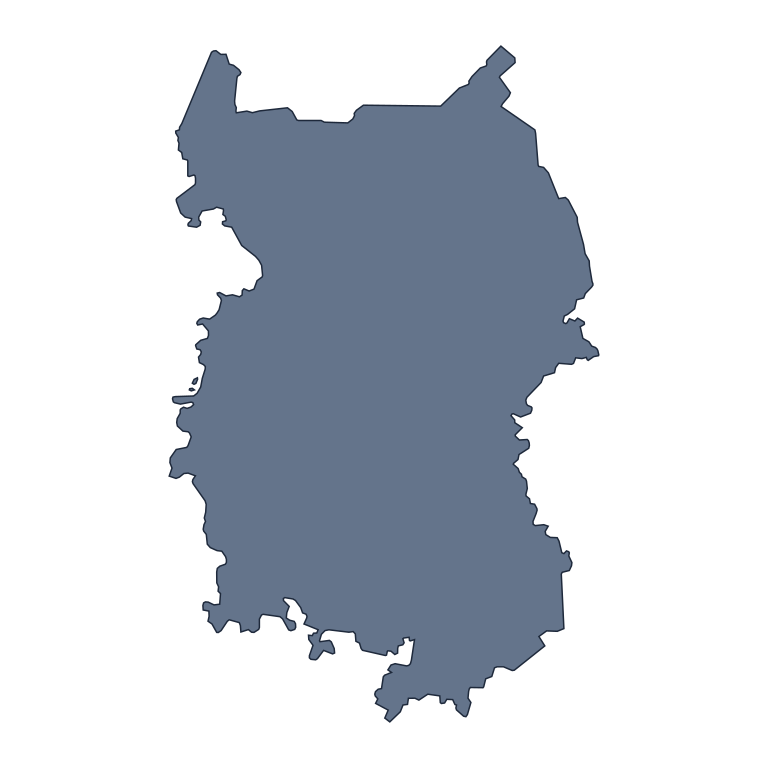 the border of Omsk
{"feature_id": "RUS-2397", "entity_name": "Omsk", "entity_type": "Region", "adm_level": 1, "iso_a3": "RUS", "parent_name": "Russia", "parent_adm1": "", "projection": "albers", "projection_center": [72.959, 56.006], "detail": "fine", "context": "isolated", "style": "filled", "palette": "slate", "viewbox_px": 768, "rotation_deg": 0, "n_neighbors": 0, "source": "natural_earth", "source_scale": "10m", "svg_char_len": 6105}
<svg xmlns="http://www.w3.org/2000/svg" viewBox="0 0 768 768"><path d="M217.0,550.6L210.3,547.6L207.3,544.2L206.3,534.4L203.7,531.1L203.2,529.2L204.0,524.6L205.5,521.5L204.3,518.0L205.7,512.2L206.2,504.4L205.1,500.8L193.1,483.7L192.4,481.7L192.9,479.5L195.4,475.8L188.1,473.1L183.9,473.5L179.4,477.1L176.0,478.4L169.2,476.1L172.0,468.1L169.9,462.6L170.3,457.9L176.2,449.5L186.7,447.4L188.0,445.7L191.2,436.9L189.5,433.0L188.2,431.8L182.9,431.1L177.4,426.0L176.7,422.5L177.2,418.6L180.2,413.3L180.2,409.9L180.8,408.9L183.5,407.2L187.1,408.4L191.0,407.0L193.6,404.6L192.8,402.6L191.2,402.1L180.4,404.1L174.5,402.7L173.3,401.8L172.5,398.8L173.0,397.1L175.3,396.6L193.6,396.0L197.1,393.3L200.7,387.0L202.3,378.3L205.2,369.1L205.3,366.5L203.5,364.6L199.4,362.6L198.5,357.1L200.7,354.4L201.3,351.9L200.1,349.7L196.8,349.0L195.6,345.6L195.8,344.7L200.7,340.3L207.4,338.4L208.5,335.4L208.4,330.9L202.6,324.0L197.7,325.0L196.8,323.3L197.3,321.7L199.6,319.2L203.2,318.0L209.6,319.1L215.4,315.1L217.2,312.8L219.1,309.7L221.4,300.5L220.6,298.1L217.5,294.8L217.2,293.1L219.6,292.5L226.0,295.9L232.5,294.8L239.5,296.8L242.1,295.0L242.3,290.6L243.9,288.8L249.1,291.0L254.0,289.1L257.1,280.6L262.2,276.9L262.6,275.5L261.6,265.3L258.9,260.3L255.5,256.4L241.7,245.5L231.7,227.2L224.7,225.9L222.4,224.0L222.6,221.7L225.8,220.8L226.2,219.7L225.3,216.3L222.9,214.5L223.5,210.6L223.3,209.0L216.6,207.2L213.5,209.0L202.1,211.0L198.7,217.1L198.9,220.0L200.7,221.9L200.1,225.3L196.6,227.2L188.4,226.0L187.9,224.9L188.3,223.3L191.2,220.6L191.6,218.6L185.1,217.1L180.7,213.0L176.5,201.6L176.2,199.6L176.9,198.3L195.0,184.6L195.5,182.9L195.5,178.2L195.0,175.7L193.9,175.0L189.1,176.5L187.8,175.9L187.8,161.0L187.3,160.0L182.8,158.8L181.7,152.5L178.4,150.0L179.0,143.3L177.9,140.4L178.4,137.5L175.8,133.1L175.7,131.1L179.4,129.8L179.6,127.2L181.8,123.6L211.5,52.3L213.4,51.0L216.0,50.7L220.8,54.4L226.0,54.3L229.2,64.1L233.5,65.3L239.0,69.7L240.9,72.6L240.0,74.6L237.4,76.3L236.9,78.3L234.6,101.1L234.9,104.5L236.3,107.6L235.9,111.1L236.3,112.8L246.9,111.1L252.4,112.7L259.6,110.9L287.5,107.8L292.2,111.5L296.8,119.9L298.4,120.5L321.1,120.5L324.4,122.2L347.8,122.9L352.8,119.0L354.5,115.7L354.2,113.4L356.4,110.3L363.4,105.2L440.7,106.1L459.4,88.0L468.3,84.5L469.1,83.2L468.9,81.1L472.0,76.5L480.3,68.0L486.1,66.0L486.8,64.7L486.5,61.9L487.0,60.3L500.9,46.1L514.8,57.9L515.1,62.6L500.1,75.9L499.4,77.3L510.4,92.7L509.0,96.1L502.5,103.8L501.1,106.5L534.9,129.9L535.6,133.3L538.1,165.0L538.7,166.4L543.6,167.4L548.4,172.9L558.7,198.6L565.4,197.5L568.3,200.1L577.2,217.3L577.5,222.2L583.5,244.3L585.1,253.7L589.2,260.9L589.5,266.2L592.0,281.3L592.9,283.8L592.9,285.2L591.5,287.2L585.3,293.6L583.7,298.0L576.6,299.8L574.6,308.8L567.6,314.4L564.3,316.0L563.0,321.1L563.6,322.7L565.8,323.6L567.0,322.9L569.4,318.7L574.9,321.0L577.6,318.1L584.2,322.1L584.4,324.1L584.0,324.6L580.2,326.7L582.9,338.4L588.9,341.8L591.7,346.1L595.5,347.5L597.1,349.1L597.9,350.8L598.8,354.9L598.5,355.7L593.7,356.6L588.2,360.4L587.2,359.7L586.3,357.4L581.9,358.6L575.7,357.8L573.5,363.4L571.6,364.3L558.7,363.3L555.6,367.6L554.5,372.7L543.6,376.0L541.1,382.5L526.9,397.3L525.8,400.1L526.4,403.7L527.6,405.4L531.3,406.9L532.0,407.9L531.8,410.2L530.5,413.2L520.6,417.0L513.3,413.7L512.0,414.0L511.0,415.7L514.7,419.9L514.8,422.7L522.3,427.7L515.2,434.8L515.3,436.1L519.4,440.0L527.2,439.5L528.4,440.6L529.2,443.0L529.4,445.5L528.7,448.3L519.0,454.5L518.0,459.5L513.6,463.3L513.3,464.3L518.1,468.5L519.4,472.3L521.4,474.2L522.0,476.8L525.7,479.1L526.5,481.2L527.3,488.5L525.9,494.3L526.1,496.0L529.5,498.8L530.4,503.5L534.6,504.2L536.9,508.6L537.1,510.2L536.1,513.6L533.0,521.4L533.2,524.3L535.2,525.6L543.8,524.7L548.2,526.2L545.2,531.4L545.8,534.6L550.3,537.4L557.2,537.7L559.0,541.1L561.8,552.7L563.9,553.6L566.5,550.9L568.7,551.7L569.3,552.8L568.8,556.0L571.9,562.6L571.5,565.8L569.3,570.5L562.2,572.3L561.3,574.1L563.9,628.6L557.3,631.3L546.6,630.9L538.9,636.5L544.8,645.9L514.3,670.2L512.2,670.5L503.5,666.8L497.1,666.8L494.5,667.8L491.8,676.5L485.7,678.8L483.7,686.8L483.0,687.7L470.3,687.5L469.2,689.0L468.6,691.6L468.0,698.2L470.9,702.5L467.4,714.6L465.9,716.7L463.6,716.2L456.5,709.9L455.9,708.0L456.5,705.0L454.9,704.5L452.7,699.6L446.8,699.3L444.6,703.0L441.4,703.5L440.3,702.6L439.8,695.9L427.8,694.2L418.9,700.1L414.9,698.2L408.4,698.3L407.5,704.4L403.0,705.0L400.3,711.8L389.8,721.9L384.8,718.1L388.2,710.1L375.6,703.4L377.8,698.9L375.2,695.9L374.8,694.1L375.5,691.6L378.2,689.2L381.5,688.6L383.3,676.8L384.6,675.2L391.5,672.4L387.9,669.9L391.0,665.0L395.1,663.7L406.6,665.9L408.7,665.4L410.4,663.7L411.4,660.2L414.5,639.6L410.3,640.9L409.5,640.5L409.1,637.3L403.8,638.0L402.9,638.7L404.1,642.8L402.8,644.8L398.3,645.9L397.7,648.3L397.6,653.1L394.8,654.5L391.0,651.2L387.9,650.8L387.3,651.3L386.5,655.1L385.4,655.5L362.5,650.3L361.1,648.5L359.5,643.1L355.9,641.3L355.3,633.9L353.2,631.6L348.9,632.2L328.9,629.8L325.0,630.6L321.4,634.3L319.5,640.8L320.0,641.7L329.4,640.4L331.3,641.9L334.2,648.5L334.6,653.0L332.6,653.9L323.6,650.4L317.4,658.7L315.7,659.8L310.9,659.3L309.4,657.8L309.4,655.7L313.0,645.3L308.8,639.5L308.5,635.2L312.3,635.6L313.5,633.2L316.8,633.0L318.1,629.7L304.0,624.0L306.7,618.0L307.0,616.4L306.1,614.2L302.6,612.9L300.7,607.6L295.5,600.5L293.0,599.0L284.8,597.6L283.4,598.5L283.5,600.6L289.2,606.4L286.8,612.7L286.3,618.0L289.7,620.2L294.2,621.4L295.5,623.7L295.7,627.3L294.7,629.4L290.9,630.7L288.7,629.9L282.6,618.9L280.0,616.7L263.1,614.3L261.5,615.0L259.4,619.1L259.4,627.5L258.7,629.4L254.0,632.4L251.5,632.2L248.4,629.6L240.9,632.0L240.4,625.6L239.3,622.6L229.2,619.8L227.3,621.3L221.1,630.6L218.3,632.5L216.7,632.4L212.0,624.0L208.0,621.2L209.1,616.3L208.9,611.1L203.2,610.0L202.9,605.5L203.6,602.9L205.4,601.9L208.2,602.1L214.0,604.9L219.7,604.2L220.5,593.6L218.1,591.2L218.6,586.8L216.8,582.9L216.7,572.0L217.3,568.4L219.8,566.2L225.4,564.2L226.4,562.4L226.4,559.4L225.6,556.7L221.8,551.2L217.0,550.6ZM194.1,379.4L197.4,377.8L197.6,379.2L195.9,383.4L194.0,384.3L192.3,383.2L194.1,379.4ZM192.3,388.3L194.4,389.9L191.3,390.9L189.3,389.9L189.7,388.7L192.3,388.3Z" fill="#64748b" stroke="#1e293b" stroke-width="1.5"/></svg>